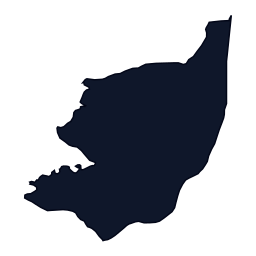 the district of Bodae, Grand Kru, Liberia
{"feature_id": "62588387B10493983903288", "entity_name": "Bodae", "entity_type": "district", "adm_level": 2, "iso_a3": "LBR", "parent_name": "Liberia", "parent_adm1": "Grand Kru", "projection": "mercator", "projection_center": [-8.37, 5.14], "detail": "fine", "context": "isolated", "style": "filled", "palette": "ink", "viewbox_px": 256, "rotation_deg": 0, "n_neighbors": 0, "source": "geoboundaries", "source_scale": "gbopen_adm2", "svg_char_len": 2510}
<svg xmlns="http://www.w3.org/2000/svg" viewBox="0 0 256 256"><path d="M82.8,82.7L83.8,82.5L84.3,84.8L89.0,87.2L89.4,89.2L86.5,90.0L84.3,92.1L83.3,94.3L82.2,97.3L80.2,102.0L81.6,103.4L85.7,105.8L84.9,106.6L83.1,106.2L80.6,106.8L80.4,108.7L78.8,109.5L75.5,110.5L73.9,112.5L73.3,117.2L70.8,121.4L67.6,123.3L63.9,126.7L60.8,127.7L57.8,126.9L57.0,128.1L57.6,132.6L60.0,138.1L65.4,141.9L69.0,144.9L72.5,146.2L77.2,147.0L81.5,150.6L84.2,153.9L89.7,160.3L94.2,162.0L95.4,162.5L95.3,163.8L94.3,165.6L92.5,165.6L90.4,166.2L87.4,167.7L83.9,169.4L82.2,169.8L81.1,169.6L80.8,167.7L80.7,165.7L79.6,164.8L77.7,164.9L75.5,166.2L76.4,166.9L78.0,167.7L79.0,166.9L79.6,167.5L79.1,169.1L79.1,170.0L78.2,170.8L77.2,172.1L75.8,173.0L73.9,172.8L72.3,171.7L70.5,170.0L69.2,168.6L69.3,167.2L68.2,166.5L66.7,166.2L63.6,166.1L61.7,166.6L60.4,168.9L59.5,169.2L59.9,171.5L59.2,172.7L57.6,173.9L57.0,173.6L55.5,173.6L54.9,172.5L54.4,170.4L51.8,172.4L51.7,174.5L50.3,175.6L49.1,176.6L46.9,176.0L44.3,175.5L42.7,175.1L40.9,176.3L39.6,177.5L38.9,178.9L37.9,180.3L36.9,179.9L35.3,181.7L35.0,181.9L34.1,182.7L33.4,181.9L31.4,181.5L29.7,182.1L30.5,183.1L29.9,184.1L33.6,185.0L36.6,187.1L36.9,189.8L34.7,191.4L30.8,193.7L27.3,194.0L24.9,195.1L24.7,198.0L28.3,200.0L32.0,201.7L35.9,204.3L40.9,207.4L47.5,210.6L51.4,210.3L63.0,209.6L67.7,210.0L72.8,211.2L75.7,212.8L77.9,216.6L78.2,216.9L80.7,219.5L84.3,221.1L85.7,223.8L87.6,226.7L90.1,227.5L92.0,228.4L95.7,231.4L99.3,236.3L102.4,239.5L103.0,240.6L104.8,240.1L107.7,239.6L111.0,238.0L114.8,235.5L118.8,232.2L123.8,228.0L126.7,225.4L129.1,223.9L130.5,223.5L135.0,221.9L135.8,221.7L138.6,221.3L144.1,222.8L150.0,222.7L155.5,222.3L159.5,221.1L163.8,218.1L166.0,216.4L167.4,215.3L172.0,211.7L174.6,207.7L175.9,202.4L177.5,196.4L178.1,194.4L179.5,190.1L180.1,189.0L182.6,184.2L185.6,180.0L188.9,178.1L193.7,175.8L198.1,173.6L199.6,171.7L202.0,169.4L202.5,169.0L205.4,164.6L207.3,161.4L208.6,155.9L211.6,149.1L214.6,143.7L217.1,136.0L219.3,129.4L222.0,122.4L223.6,118.0L224.3,114.4L224.4,109.7L226.5,103.6L226.5,61.2L227.3,53.9L229.3,34.4L231.3,15.4L229.3,19.1L229.2,20.6L221.0,21.0L216.5,21.5L209.2,22.3L208.1,24.7L206.3,27.7L205.7,29.4L206.7,32.8L206.6,37.1L201.6,45.6L197.3,51.2L193.4,56.6L188.8,59.6L186.3,63.7L183.3,64.5L180.3,63.5L178.5,62.9L173.5,62.9L162.6,63.2L155.8,63.4L145.8,64.3L141.7,66.2L138.3,68.1L135.5,68.2L132.7,68.4L125.2,71.1L120.2,73.6L115.1,74.1L108.4,76.6L105.3,78.4L102.4,79.3L94.6,79.8L86.9,78.8L85.3,79.6L82.8,82.7Z" fill="#0f172a" stroke="#020617" stroke-width="1.5"/></svg>